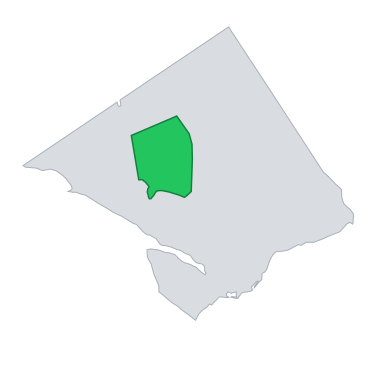 location of Al-Kharga Oasis, Al Wadi at Jadid, Egypt, rotated 146°
{"feature_id": "37247803B20145410144228", "entity_name": "Al-Kharga Oasis", "entity_type": "district", "adm_level": 2, "iso_a3": "EGY", "parent_name": "Egypt", "parent_adm1": "Al Wadi at Jadid", "projection": "robinson", "projection_center": [32.312, 25.153], "detail": "fine", "context": "in_parent", "style": "filled", "palette": "green", "viewbox_px": 384, "rotation_deg": 146, "n_neighbors": 0, "source": "geoboundaries", "source_scale": "gbopen_adm2", "svg_char_len": 3664}
<svg xmlns="http://www.w3.org/2000/svg" viewBox="0 0 384 384"><g transform="rotate(146 192 192)"><path d="M317.2,308.4L310.4,308.4L303.6,308.4L296.7,308.4L289.9,308.4L283.1,308.4L276.2,308.4L269.4,308.4L262.5,308.4L255.7,308.4L248.9,308.4L242.0,308.4L235.2,308.4L228.3,308.4L221.5,308.4L214.7,308.4L207.8,308.4L203.9,308.4L204.6,306.3L205.0,304.8L204.6,303.7L203.2,303.5L202.4,303.8L200.3,308.3L199.2,308.5L196.8,308.5L188.8,308.5L180.9,308.5L172.9,308.5L165.0,308.5L157.0,308.5L149.0,308.5L141.1,308.5L133.1,308.5L125.1,308.4L117.2,308.4L109.2,308.4L101.3,308.4L93.3,308.4L85.3,308.4L77.4,308.4L69.4,308.4L69.5,303.0L69.5,297.6L69.6,292.2L69.7,286.8L69.7,281.4L69.8,276.0L69.9,270.5L69.9,265.1L70.0,259.7L70.1,254.3L70.1,248.9L70.2,243.5L70.3,238.0L70.3,232.6L70.4,227.2L70.5,221.8L70.6,216.4L70.7,211.0L70.8,205.6L70.9,200.1L71.0,194.7L71.1,189.3L71.2,183.9L71.2,178.5L71.3,173.1L71.4,167.7L71.5,162.2L71.6,156.8L71.7,151.4L71.8,146.0L71.9,140.6L72.0,135.2L71.8,134.2L70.7,130.5L69.8,125.8L68.8,120.1L68.6,118.2L66.9,112.3L66.8,110.6L67.3,109.4L70.5,104.4L71.4,102.0L72.3,99.1L72.6,96.7L71.8,93.1L70.8,89.9L70.5,86.5L70.4,83.3L72.1,81.0L74.0,78.9L74.7,77.7L75.9,76.2L76.7,75.5L78.1,78.5L81.3,79.0L91.7,76.4L103.2,79.0L109.5,80.0L119.2,82.2L125.1,86.2L126.7,86.7L131.0,86.6L133.7,89.0L144.9,90.1L150.8,92.7L154.2,94.8L156.2,95.4L158.0,95.3L160.4,94.5L163.5,93.1L166.8,91.1L173.7,85.8L176.2,84.9L177.8,85.2L179.7,85.1L180.5,83.7L181.5,82.7L182.2,81.6L183.2,80.3L186.8,79.9L194.0,77.7L193.2,78.7L186.6,81.3L189.4,81.6L192.3,80.7L195.6,80.2L196.2,79.1L196.6,77.1L197.2,76.8L199.5,77.2L206.2,80.3L207.9,80.3L212.6,78.6L213.6,78.3L215.1,79.2L218.6,83.1L217.4,83.0L213.7,79.7L213.3,81.4L211.2,84.3L213.9,85.5L216.0,86.0L217.2,87.6L217.9,89.1L220.1,88.5L221.6,86.5L220.8,85.4L220.3,84.2L221.0,84.2L222.5,85.2L226.7,88.9L228.2,89.7L229.8,89.5L233.3,88.5L234.2,88.7L238.9,87.3L239.4,88.3L240.2,89.3L243.9,88.2L249.8,88.2L254.6,87.0L260.2,84.0L260.6,83.6L260.9,84.3L261.6,86.3L263.3,91.5L264.8,95.5L266.7,101.1L267.2,103.2L267.5,104.7L270.2,110.8L271.8,115.9L272.9,120.0L274.6,126.0L275.3,128.0L274.2,129.1L271.9,133.0L269.5,145.4L266.1,155.1L265.7,161.1L265.1,163.3L263.5,166.3L261.5,169.3L257.9,167.8L252.0,162.5L248.6,157.5L244.9,154.3L241.4,150.0L240.5,146.9L240.5,144.9L239.0,140.1L237.9,137.8L233.7,132.7L232.5,129.9L231.5,128.7L230.6,127.0L229.1,120.3L227.4,116.1L225.5,117.2L225.9,119.0L224.2,121.5L223.2,124.3L224.0,126.7L227.4,130.2L228.1,131.8L228.9,135.2L228.8,139.7L229.3,141.3L231.9,144.7L232.8,146.7L233.4,148.5L234.3,150.0L236.8,153.0L240.5,158.6L244.0,162.4L246.5,164.3L247.6,166.1L247.9,170.9L247.7,173.1L249.9,177.4L250.7,179.6L252.9,181.3L253.9,183.3L254.8,186.6L256.2,196.2L258.1,198.6L263.9,211.3L268.8,219.3L271.2,225.3L274.9,232.6L282.0,248.7L286.2,253.6L287.9,256.4L291.0,258.5L294.3,261.6L291.2,261.3L290.4,261.5L289.3,262.0L288.8,263.9L288.5,265.4L289.0,273.6L289.8,277.7L292.7,285.5L294.7,287.9L295.8,289.4L297.2,290.5L303.8,293.2L307.7,298.8L316.4,306.0L317.2,308.0L317.2,308.4Z" fill="#d9dde1" stroke="#a8b0b8" stroke-width="1"/><path d="M162.2,263.5L210.7,272.8L229.3,231.9L229.2,231.8L226.4,230.1L225.7,228.0L225.7,227.9L225.6,227.7L225.1,226.5L225.1,226.4L225.1,226.1L224.8,223.0L224.8,222.9L224.6,220.4L226.8,219.3L229.1,217.0L229.6,215.7L229.9,213.9L230.8,212.5L230.8,212.3L230.9,212.2L231.1,210.5L231.0,210.4L231.0,210.2L230.9,210.2L229.7,209.4L227.1,210.2L224.9,210.9L222.4,212.2L220.8,212.3L220.3,212.5L216.6,210.4L214.8,208.7L210.9,204.7L204.4,196.6L202.1,193.1L201.2,191.8L198.4,191.9L195.8,192.3L192.4,192.8L178.0,212.6L173.3,219.1L165.3,231.6L161.8,241.8L162.2,263.5Z" fill="#22c55e" stroke="#15803d" stroke-width="1.5"/></g></svg>